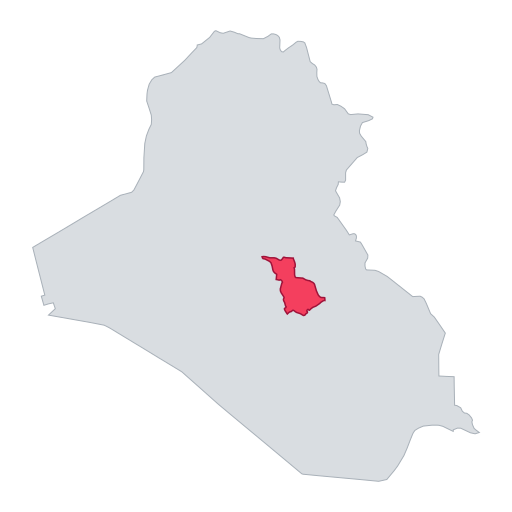 where Babil sits in Iraq
{"feature_id": "IRQ-3472", "entity_name": "Babil", "entity_type": "Province", "adm_level": 1, "iso_a3": "IRQ", "parent_name": "Iraq", "parent_adm1": "", "projection": "robinson", "projection_center": [44.536, 32.662], "detail": "fine", "context": "in_parent", "style": "filled", "palette": "rose", "viewbox_px": 512, "rotation_deg": 0, "n_neighbors": 0, "source": "natural_earth", "source_scale": "10m", "svg_char_len": 4685}
<svg xmlns="http://www.w3.org/2000/svg" viewBox="0 0 512 512"><path d="M197.2,45.0L201.6,43.9L209.7,37.4L214.4,31.3L215.9,30.7L220.1,32.7L223.2,33.3L230.1,31.0L234.3,32.2L237.8,33.7L239.7,33.8L249.1,37.6L251.4,38.1L256.2,38.5L263.4,38.7L268.0,36.3L271.3,33.9L273.6,33.9L275.8,34.5L277.7,35.5L279.3,37.3L280.0,39.9L279.7,48.0L280.4,50.2L281.7,51.7L283.3,52.0L285.3,50.3L288.7,47.7L292.9,44.9L296.0,42.3L297.8,41.3L300.7,41.4L303.4,41.9L305.0,43.1L305.0,43.5L306.5,47.4L310.2,61.7L312.3,63.5L314.7,65.0L316.4,67.2L317.0,69.3L316.8,72.6L316.9,76.5L317.9,79.4L319.3,81.7L320.6,82.8L322.5,82.9L324.8,83.5L326.4,85.7L331.4,102.0L331.9,104.1L333.9,104.8L337.3,104.5L340.9,106.2L344.6,108.8L348.2,113.8L350.6,114.6L358.0,113.9L368.2,114.7L373.0,117.2L372.5,118.8L368.8,120.6L362.4,122.6L360.5,126.1L359.4,130.7L359.6,133.3L361.2,136.1L365.8,141.6L366.1,143.7L366.9,146.5L367.8,148.4L366.9,152.1L362.7,154.7L357.3,157.5L346.4,170.0L345.6,172.7L345.6,180.1L344.6,182.2L341.1,182.1L338.4,181.8L338.2,184.4L336.5,187.8L335.5,190.8L339.6,197.9L340.3,201.6L339.7,205.1L336.0,210.9L333.8,214.9L334.3,215.8L337.2,217.4L346.4,230.3L349.3,234.9L353.2,233.7L354.6,233.8L355.7,234.5L356.4,236.0L356.4,238.0L355.5,240.9L360.4,242.1L362.2,245.0L367.9,255.1L367.7,258.1L365.0,262.9L365.0,266.1L365.6,268.9L366.5,269.9L375.0,270.3L378.6,271.5L387.4,276.6L397.4,284.5L405.6,291.0L412.7,296.6L420.1,296.2L422.2,297.2L424.1,298.9L426.3,303.4L430.6,313.7L434.3,317.1L440.0,325.3L445.3,333.1L442.0,343.5L438.7,354.4L438.8,368.5L438.9,376.0L446.1,376.4L454.1,376.7L454.2,385.7L454.4,394.8L454.6,405.2L456.9,405.6L460.7,407.8L462.3,411.2L464.4,413.0L466.8,413.3L469.2,415.0L471.6,418.0L472.5,420.2L471.9,421.8L472.4,424.5L474.1,428.4L476.2,430.2L479.3,432.5L475.1,433.8L470.5,432.8L460.7,428.2L457.5,428.1L453.3,429.8L453.2,431.4L442.8,426.3L439.0,425.3L437.7,425.2L431.8,425.2L423.3,426.1L418.4,428.2L414.9,430.4L413.4,432.6L412.8,433.7L410.2,440.1L407.1,448.2L403.9,455.6L397.7,465.9L394.2,470.6L386.8,479.5L378.7,481.3L359.9,479.5L339.1,477.6L318.4,475.7L303.0,474.2L301.8,473.8L286.6,461.1L274.6,451.1L259.6,438.6L244.3,425.9L228.8,413.0L217.6,403.6L204.0,391.5L191.6,380.5L181.8,371.8L169.3,364.2L159.5,358.3L145.3,349.6L133.9,342.7L124.2,336.8L109.2,327.7L104.2,325.2L88.7,322.2L73.9,319.6L58.6,316.9L48.5,315.1L55.3,308.7L53.3,302.8L48.4,303.9L43.9,305.3L41.3,296.2L44.8,295.1L41.8,283.3L38.7,271.2L35.7,259.4L32.7,247.4L45.7,239.7L55.4,234.0L69.0,225.9L82.0,218.1L94.5,210.7L108.2,202.6L120.4,195.3L131.6,192.3L133.9,190.0L139.1,180.1L143.5,171.6L143.8,169.6L143.9,157.6L144.8,143.5L146.4,135.9L148.9,129.3L151.3,124.4L151.6,119.8L151.3,115.2L149.1,108.2L146.7,101.0L147.0,94.0L147.5,90.2L149.2,84.2L151.8,79.8L154.7,77.1L165.2,74.3L171.4,72.6L179.8,64.9L184.8,60.3L191.7,52.9L196.8,47.6L197.2,45.7L197.2,45.0Z" fill="#d9dde1" stroke="#a8b0b8" stroke-width="1"/><path d="M284.0,257.3L284.6,257.3L285.7,257.7L293.3,258.1L293.3,258.7L293.8,259.9L294.6,261.9L295.0,263.3L295.2,264.4L295.2,266.5L294.9,267.3L294.1,267.7L294.5,269.3L294.6,274.8L294.9,276.2L295.2,277.0L295.5,277.3L295.7,277.5L296.0,277.6L302.5,278.1L302.8,278.1L305.7,279.8L308.0,280.5L309.6,280.7L310.0,280.8L310.3,281.3L311.8,281.9L312.9,282.5L313.6,283.1L314.2,283.8L314.5,284.3L316.4,290.8L318.2,294.9L319.0,295.9L319.9,296.8L320.6,297.3L321.4,297.5L324.1,297.6L324.7,297.7L324.9,299.4L324.9,300.5L324.3,300.4L323.9,300.6L323.2,300.8L321.2,302.1L320.6,302.5L320.1,303.1L319.8,303.4L315.9,306.1L312.9,307.3L310.9,308.8L309.6,310.1L309.3,310.3L309.0,310.2L308.5,309.6L308.2,309.4L307.9,309.4L307.6,309.5L307.2,310.0L306.9,310.5L306.8,310.9L306.8,311.1L307.0,311.3L307.4,311.7L307.5,312.2L307.4,312.6L307.2,312.9L307.0,313.1L306.3,313.5L306.0,313.7L305.2,314.8L304.8,315.1L304.5,315.3L304.0,315.4L303.5,315.5L302.9,315.2L300.4,313.7L299.0,313.2L296.7,312.5L295.3,311.7L294.3,310.8L293.0,310.2L290.8,311.8L290.4,311.7L290.1,311.8L289.9,311.8L288.9,312.5L287.3,314.0L286.6,313.1L286.4,312.6L286.0,312.1L285.7,311.7L284.9,310.3L284.5,309.3L284.4,308.7L284.8,308.2L285.9,307.6L286.1,306.6L285.8,306.4L285.5,305.8L284.8,303.2L284.7,302.7L283.7,300.8L283.4,299.6L283.6,298.7L284.1,297.7L283.7,296.6L281.2,292.8L280.4,290.9L280.3,288.9L281.9,283.0L282.4,282.6L282.3,282.0L282.3,281.6L282.1,281.2L281.0,280.1L280.7,279.8L280.4,279.7L280.2,279.7L280.0,279.8L279.5,280.1L279.3,280.1L279.0,280.1L277.4,279.7L276.2,279.5L276.7,274.3L274.7,272.9L273.5,271.5L272.9,270.0L272.1,266.0L271.0,262.8L269.6,261.4L265.2,259.1L263.0,258.6L262.4,257.8L262.1,256.7L263.7,256.5L265.7,256.7L269.8,257.8L274.1,257.8L275.2,258.0L276.3,258.3L279.2,260.0L280.2,260.3L281.2,260.1L282.0,259.3L283.4,257.3L284.0,257.3Z" fill="#f43f5e" stroke="#9f1239" stroke-width="1.5"/></svg>